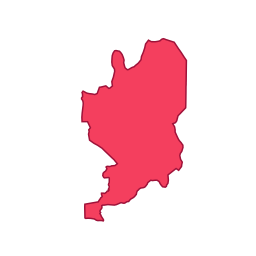 outline of Santa María la Asunción, Oaxaca, Mexico, rotated 143°
{"feature_id": "50627088B43505980471729", "entity_name": "Santa María la Asunción", "entity_type": "district", "adm_level": 2, "iso_a3": "MEX", "parent_name": "Mexico", "parent_adm1": "Oaxaca", "projection": "natural_earth1", "projection_center": [-96.812, 18.103], "detail": "fine", "context": "isolated", "style": "filled", "palette": "rose", "viewbox_px": 256, "rotation_deg": 143, "n_neighbors": 0, "source": "geoboundaries", "source_scale": "gbopen_adm2", "svg_char_len": 3678}
<svg xmlns="http://www.w3.org/2000/svg" viewBox="0 0 256 256"><g transform="rotate(143 128 128)"><path d="M141.7,184.5L143.4,184.0L143.6,183.4L143.7,182.8L144.0,182.4L145.1,180.8L145.6,180.2L146.2,180.2L147.0,179.9L147.6,179.1L147.6,177.8L147.9,176.5L148.2,175.8L148.6,175.2L149.0,174.5L150.3,173.0L155.7,167.4L158.4,164.3L160.9,160.7L156.5,157.4L157.9,150.8L160.4,150.2L160.8,149.4L161.2,148.5L163.2,146.9L166.0,141.4L164.4,136.3L163.9,135.2L162.6,132.4L161.4,128.9L160.9,127.5L160.2,122.7L159.0,115.5L158.8,114.2L158.2,111.1L158.2,109.7L158.0,105.9L159.3,105.9L160.9,105.8L163.2,107.2L164.0,107.7L164.6,107.7L165.2,108.0L165.5,108.2L165.8,108.3L166.2,108.5L166.4,108.7L166.9,109.3L167.3,109.6L167.6,109.8L167.9,110.0L168.5,110.1L168.9,110.1L169.1,109.8L169.1,109.3L169.2,109.0L169.2,108.6L169.3,108.3L169.6,108.0L170.3,107.7L171.5,107.2L172.0,107.1L172.9,107.1L173.3,107.2L174.1,107.0L174.9,106.9L175.0,106.8L175.3,106.7L175.7,106.2L176.1,105.8L176.6,105.4L176.8,105.1L177.1,103.3L177.0,102.9L176.9,102.4L174.4,100.8L173.4,100.2L173.2,100.0L173.1,99.6L173.1,99.3L173.2,99.1L175.6,96.0L176.0,95.6L176.5,95.4L177.1,95.0L177.4,94.8L177.7,94.5L177.9,94.1L178.0,93.1L178.1,92.8L178.3,92.4L178.7,92.0L179.2,91.5L179.7,91.3L180.2,91.1L180.5,90.9L181.0,90.4L180.6,89.9L181.2,89.7L181.7,89.5L182.6,90.1L184.1,89.7L186.0,89.8L187.0,90.9L188.4,91.9L189.0,91.2L189.3,90.3L189.8,88.9L190.8,88.6L191.5,88.7L193.6,87.9L194.4,87.7L196.2,86.9L203.6,90.7L208.3,93.1L209.9,91.2L215.9,82.9L216.5,82.1L216.2,81.3L214.2,80.0L212.2,78.3L209.6,75.6L208.8,73.4L207.8,72.2L205.9,70.9L204.6,69.8L203.7,68.7L203.2,68.9L202.9,69.3L202.7,70.4L202.5,73.3L202.0,75.3L202.0,76.6L200.7,77.0L200.7,77.9L200.5,78.5L199.8,79.0L198.9,79.2L196.9,79.9L195.9,81.3L195.7,81.8L195.1,81.8L194.2,81.4L193.7,80.9L190.2,79.0L185.2,74.6L183.4,73.8L178.5,72.6L177.1,70.9L175.9,70.0L173.3,69.8L171.7,68.9L169.0,69.6L165.3,69.2L163.5,69.4L162.2,69.9L161.5,69.8L159.8,71.4L158.2,72.3L157.2,72.2L156.0,72.5L155.2,72.5L154.0,72.4L151.4,71.0L150.1,70.7L148.9,70.9L146.4,71.6L145.1,72.5L141.3,72.6L140.1,71.3L138.0,70.1L137.7,69.9L136.3,68.9L136.1,68.4L135.6,67.2L135.4,66.4L135.7,64.8L135.9,63.1L135.8,60.9L135.7,60.2L133.8,58.3L132.4,58.3L131.5,59.2L129.4,59.8L127.1,62.1L124.4,66.4L123.8,66.5L114.0,66.7L113.0,63.7L109.6,64.7L108.5,65.0L107.1,66.4L105.2,68.1L104.9,71.3L103.2,74.9L101.5,76.2L99.3,76.9L98.8,77.2L97.3,78.3L95.8,79.4L95.0,80.6L94.5,81.3L94.5,82.6L94.4,84.2L94.6,86.8L94.6,87.4L94.5,88.2L94.4,89.2L93.8,92.1L92.8,96.4L91.4,98.3L90.8,99.5L90.1,100.9L89.7,104.5L86.9,103.7L84.8,104.4L80.8,107.6L80.4,107.7L79.3,107.9L77.8,108.1L74.3,108.7L72.3,109.0L69.8,109.4L68.1,111.5L63.9,116.9L60.5,121.3L56.9,126.0L55.0,128.3L54.6,128.9L53.3,130.5L47.6,137.9L45.2,141.0L40.7,146.8L40.5,151.0L40.1,156.3L40.0,159.3L40.0,160.6L39.7,165.4L39.5,168.7L43.1,173.8L43.5,174.4L43.7,174.7L44.6,175.9L45.2,177.0L46.1,178.1L47.4,178.5L47.8,178.6L50.0,178.4L51.3,178.9L52.7,179.6L54.5,180.6L57.4,182.9L58.3,184.7L58.8,185.8L63.4,184.5L66.3,182.0L70.0,179.4L71.5,178.5L74.2,177.0L74.6,176.6L76.5,174.7L80.7,173.6L83.4,173.5L84.5,173.5L86.1,173.2L88.3,173.9L90.6,174.2L92.4,174.4L93.5,175.0L93.9,176.7L94.1,177.9L93.3,180.1L92.2,182.7L91.4,183.5L90.3,184.6L89.3,187.2L88.6,189.8L88.5,190.2L88.4,192.2L88.6,194.4L89.6,195.5L91.0,197.1L92.3,197.7L94.8,196.8L96.1,195.9L97.1,195.2L98.9,193.2L100.4,191.4L101.3,190.3L103.0,187.3L103.3,183.3L104.6,181.2L109.1,177.4L113.0,174.8L115.2,170.9L115.6,170.9L118.6,170.8L119.5,171.2L120.3,174.9L120.4,175.0L124.1,176.6L125.2,177.1L126.3,177.7L131.8,174.1L134.3,174.7L136.2,176.8L137.9,178.4L139.1,179.7L140.1,181.0L140.7,182.4L141.7,184.5Z" fill="#f43f5e" stroke="#9f1239" stroke-width="1.5"/></g></svg>